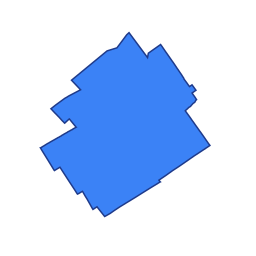 outline of Rotunda, Olt, Romania, rotated 310°
{"feature_id": "2599482B64010567081563", "entity_name": "Rotunda", "entity_type": "district", "adm_level": 2, "iso_a3": "ROU", "parent_name": "Romania", "parent_adm1": "Olt", "projection": "mercator", "projection_center": [24.304, 43.977], "detail": "fine", "context": "isolated", "style": "filled", "palette": "blue", "viewbox_px": 256, "rotation_deg": 310, "n_neighbors": 0, "source": "geoboundaries", "source_scale": "gbopen_adm2", "svg_char_len": 2804}
<svg xmlns="http://www.w3.org/2000/svg" viewBox="0 0 256 256"><g transform="rotate(310 128 128)"><path d="M167.3,202.0L167.4,201.7L167.4,201.4L167.5,201.2L167.7,200.2L167.8,199.8L167.9,199.4L168.3,198.0L169.0,195.4L169.5,193.6L170.0,191.8L170.5,189.9L171.0,188.0L171.5,186.1L171.8,184.7L172.2,183.3L172.4,182.4L172.7,181.4L173.0,180.2L173.7,177.4L174.1,176.0L174.5,174.5L175.1,172.0L175.2,171.6L175.3,171.3L175.7,169.9L176.5,166.8L177.1,164.3L177.7,162.0L177.8,161.4L178.0,160.8L178.9,160.9L180.0,161.0L180.8,161.2L181.5,161.2L182.0,161.3L182.6,161.3L183.1,161.4L183.8,161.7L184.4,161.9L184.8,162.0L185.5,162.0L186.0,161.9L186.3,162.0L187.4,162.0L188.9,162.1L189.8,162.4L190.5,162.6L191.3,162.5L191.6,162.4L192.4,162.2L193.3,162.2L193.8,162.3L194.4,160.3L194.5,160.1L195.0,158.2L195.7,155.5L195.8,155.3L195.9,155.0L196.0,154.6L199.4,155.5L199.5,155.5L200.6,155.8L201.5,152.2L201.6,151.9L202.2,149.3L199.3,148.5L199.8,146.2L199.9,145.8L200.3,144.4L200.8,142.3L201.5,139.4L201.9,138.9L202.2,138.0L202.3,137.7L202.4,137.2L203.3,134.5L204.1,131.5L204.5,130.2L205.0,128.4L205.1,127.9L205.6,126.2L206.4,123.5L207.1,121.0L207.6,119.1L207.7,118.6L208.0,117.5L210.2,109.4L210.3,108.9L210.8,107.1L212.2,102.1L212.7,100.2L212.8,99.6L212.9,99.3L206.4,97.6L203.8,96.9L198.4,95.5L194.5,97.7L199.9,75.0L201.7,67.5L198.6,67.1L198.4,67.1L191.7,67.5L182.3,68.0L173.6,62.4L128.3,54.0L126.8,67.1L114.4,62.0L112.2,61.3L110.1,60.5L99.1,57.8L93.2,56.6L93.0,58.5L92.9,59.2L92.8,59.8L92.7,60.9L92.5,62.2L92.5,62.3L92.5,63.0L92.4,63.9L92.3,64.7L92.2,66.0L92.1,66.5L92.0,67.9L91.6,70.8L91.4,72.1L91.2,73.8L91.2,74.0L91.2,74.3L91.2,74.5L91.0,75.8L91.0,76.4L96.7,77.1L97.2,77.2L97.2,77.4L95.3,87.6L95.2,87.5L94.6,87.5L93.2,87.0L92.9,86.9L92.6,86.7L92.4,86.6L92.2,86.6L91.9,86.6L91.7,86.5L91.6,86.4L91.4,86.4L91.2,86.4L90.9,86.2L90.7,86.2L90.3,86.0L89.7,85.7L89.3,85.5L88.6,85.3L88.4,85.3L87.7,85.0L87.3,84.8L87.2,84.7L86.9,84.6L86.4,84.4L86.1,84.3L85.9,84.3L85.6,84.2L85.4,84.2L84.6,83.8L83.9,83.6L83.7,83.5L83.0,83.2L82.2,82.9L80.9,82.5L80.1,82.1L79.3,82.0L77.3,81.2L77.0,81.2L75.6,80.5L74.6,80.2L72.5,79.4L71.9,79.2L68.5,77.9L67.7,77.6L66.3,77.1L66.1,77.1L64.7,76.5L63.9,76.2L61.4,75.4L60.8,75.2L60.1,75.0L58.6,74.4L58.0,74.3L57.9,74.2L57.5,74.1L56.9,73.9L56.6,73.8L56.5,73.7L55.5,76.5L52.4,85.9L49.6,94.3L48.2,98.4L48.1,99.0L51.4,100.1L54.2,101.1L51.9,108.6L50.4,113.5L48.7,119.1L46.3,127.1L44.9,131.5L44.9,131.8L46.2,132.4L50.0,133.7L50.2,133.8L49.9,134.8L48.4,138.8L47.2,142.5L43.7,151.7L43.1,153.5L47.7,154.9L45.2,167.0L46.7,167.6L51.3,169.3L55.8,170.5L62.3,172.4L69.2,174.7L74.8,176.6L80.5,178.5L88.3,181.0L97.2,183.9L107.3,187.3L107.5,187.4L107.5,187.0L107.9,185.2L116.4,187.6L124.2,189.6L130.1,191.4L133.6,192.4L149.1,196.6L158.4,199.4L164.5,201.2L167.3,202.0Z" fill="#3b82f6" stroke="#1e3a8a" stroke-width="1.5"/></g></svg>